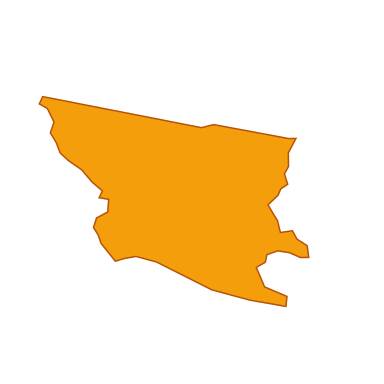 the district of Frutuoso Gomes, Rio Grande do Norte, Brazil, rotated 161°
{"feature_id": "56859067B91987340852019", "entity_name": "Frutuoso Gomes", "entity_type": "district", "adm_level": 2, "iso_a3": "BRA", "parent_name": "Brazil", "parent_adm1": "Rio Grande do Norte", "projection": "albers", "projection_center": [-37.841, -6.16], "detail": "fine", "context": "isolated", "style": "filled", "palette": "amber", "viewbox_px": 384, "rotation_deg": 161, "n_neighbors": 0, "source": "geoboundaries", "source_scale": "gbopen_adm2", "svg_char_len": 792}
<svg xmlns="http://www.w3.org/2000/svg" viewBox="0 0 384 384"><g transform="rotate(161 192 192)"><path d="M294.7,172.9L287.0,151.5L278.1,151.2L265.9,149.3L248.4,137.4L205.0,92.9L172.0,70.6L140.4,53.2L136.2,62.3L154.3,78.7L155.1,90.6L155.8,99.8L145.5,101.7L141.6,108.4L130.1,108.4L119.6,102.9L110.9,94.8L102.9,92.1L100.6,103.7L108.1,113.3L109.7,122.7L121.6,124.9L120.5,137.2L122.3,145.1L124.3,155.1L111.7,160.9L107.1,166.0L99.0,168.2L98.7,178.9L92.4,184.8L88.2,197.6L76.3,208.8L83.3,211.1L149.4,248.6L162.2,249.8L302.1,330.8L307.7,325.0L301.6,318.1L299.7,303.0L306.7,294.1L304.3,282.9L303.9,271.7L298.6,261.9L289.1,248.9L283.2,233.8L276.4,222.2L281.7,216.8L273.2,212.2L278.1,200.6L290.6,198.6L296.7,190.5L294.7,181.8L294.7,172.9Z" fill="#f59e0b" stroke="#b45309" stroke-width="1.5"/></g></svg>